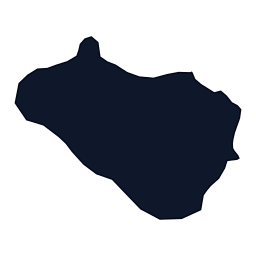 the District of Xizı
{"feature_id": "AZE-1719", "entity_name": "Xizı", "entity_type": "District", "adm_level": 1, "iso_a3": "AZE", "parent_name": "Azerbaijan", "parent_adm1": "", "projection": "albers", "projection_center": [49.238, 40.741], "detail": "fine", "context": "isolated", "style": "filled", "palette": "ink", "viewbox_px": 256, "rotation_deg": 0, "n_neighbors": 0, "source": "natural_earth", "source_scale": "10m", "svg_char_len": 838}
<svg xmlns="http://www.w3.org/2000/svg" viewBox="0 0 256 256"><path d="M191.6,72.4L192.1,73.1L194.7,79.4L200.9,84.7L214.2,93.0L220.7,91.3L226.3,96.1L231.5,102.7L237.4,105.9L240.6,109.6L239.4,118.1L234.3,132.5L232.6,140.0L232.2,144.1L232.5,148.4L233.8,150.8L237.7,155.7L238.6,157.7L238.8,158.1L236.9,159.2L226.9,160.4L224.4,168.2L218.5,178.3L210.4,185.5L206.5,190.2L203.1,195.0L201.8,202.4L200.6,209.6L181.6,218.3L160.0,219.0L140.8,208.8L125.0,192.4L112.4,179.2L96.6,173.7L83.8,164.1L72.4,151.5L66.2,143.3L59.2,136.7L43.6,124.8L26.7,119.7L15.4,103.0L19.2,83.5L27.9,75.2L37.6,69.2L47.4,68.6L57.0,65.1L67.5,61.8L77.0,56.2L79.0,50.5L80.4,44.3L85.0,39.1L91.3,37.0L97.8,42.6L99.8,56.9L107.1,62.0L115.3,65.2L127.0,72.7L139.3,77.1L153.6,78.4L167.4,74.7L178.6,72.6L190.3,72.9L191.6,72.4Z" fill="#0f172a" stroke="#020617" stroke-width="1.5"/></svg>